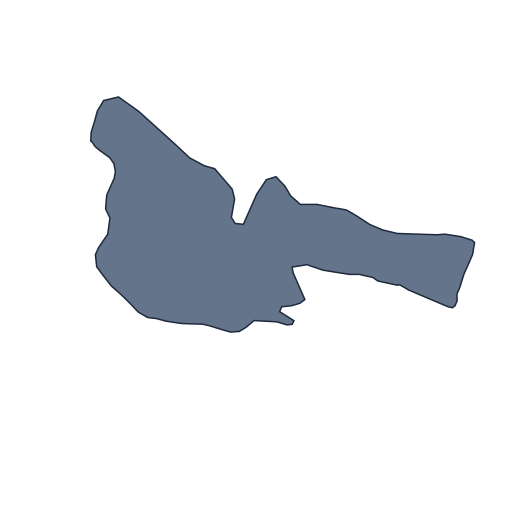 outline of Kafr Al-Shaykh, Kafr ash Shaykh, Egypt, rotated 293°
{"feature_id": "37247803B88656028982840", "entity_name": "Kafr Al-Shaykh", "entity_type": "district", "adm_level": 2, "iso_a3": "EGY", "parent_name": "Egypt", "parent_adm1": "Kafr ash Shaykh", "projection": "equal_earth", "projection_center": [30.946, 31.12], "detail": "fine", "context": "isolated", "style": "filled", "palette": "slate", "viewbox_px": 512, "rotation_deg": 293, "n_neighbors": 0, "source": "geoboundaries", "source_scale": "gbopen_adm2", "svg_char_len": 1624}
<svg xmlns="http://www.w3.org/2000/svg" viewBox="0 0 512 512"><g transform="rotate(293 256 256)"><path d="M343.3,91.5L344.4,86.6L348.7,67.3L339.6,55.0L327.7,53.3L317.2,54.7L305.3,56.0L298.8,58.4L297.4,58.9L296.1,62.0L294.8,63.5L293.4,66.5L292.1,71.0L292.0,71.4L291.9,71.9L290.7,77.1L289.3,83.1L285.4,89.2L278.7,93.6L272.1,95.1L253.7,94.8L240.5,99.2L236.0,104.3L233.9,106.7L218.1,111.0L202.3,107.8L197.0,107.7L194.4,107.7L183.8,113.6L178.5,122.6L171.8,134.7L167.8,146.8L162.4,160.4L158.4,169.5L158.0,172.5L157.0,180.1L159.6,189.3L160.8,198.4L164.7,213.6L167.2,220.2L170.2,227.9L172.4,233.5L173.7,241.1L174.9,253.3L176.1,262.5L179.3,268.7L180.0,270.1L186.6,274.8L195.8,279.4L203.5,300.8L204.7,311.5L207.3,316.1L210.0,316.1L211.3,316.2L214.0,299.5L216.7,299.5L219.3,299.5L220.9,302.4L224.5,308.7L229.7,314.9L235.0,318.0L245.5,306.9L254.8,297.0L259.2,294.0L259.6,293.8L259.9,293.6L267.9,306.3L269.1,323.1L271.7,333.7L275.5,349.0L279.4,358.2L281.9,371.9L280.6,377.9L284.4,397.8L285.7,399.3L284.3,409.9L284.3,419.1L284.3,425.1L284.3,434.3L284.3,443.4L284.3,451.0L284.3,452.7L285.2,457.1L287.8,458.6L293.1,458.7L299.7,455.8L306.3,455.9L318.5,454.7L320.8,454.5L330.0,454.7L341.8,454.8L353.7,452.0L355.0,448.7L353.8,436.8L350.0,421.5L346.1,413.9L331.9,377.1L329.4,361.9L329.5,348.2L332.2,333.1L333.6,322.4L333.6,320.9L332.3,314.8L331.1,310.2L327.3,291.9L320.8,276.6L322.4,272.0L324.8,264.5L331.5,255.5L336.8,243.4L330.3,235.7L313.2,232.5L301.4,232.3L280.3,232.0L277.8,224.3L281.8,218.3L300.2,214.0L308.2,208.0L320.2,183.9L318.9,173.2L320.4,156.5L327.1,138.4L343.3,91.5Z" fill="#64748b" stroke="#1e293b" stroke-width="1.5"/></g></svg>